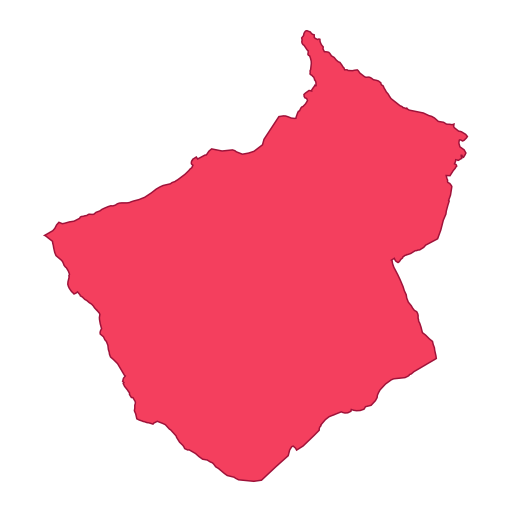 Pojorata, Suceava, Romania
{"feature_id": "2599482B93578143762204", "entity_name": "Pojorata", "entity_type": "district", "adm_level": 2, "iso_a3": "ROU", "parent_name": "Romania", "parent_adm1": "Suceava", "projection": "mercator", "projection_center": [25.425, 47.481], "detail": "fine", "context": "isolated", "style": "filled", "palette": "rose", "viewbox_px": 512, "rotation_deg": 0, "n_neighbors": 0, "source": "geoboundaries", "source_scale": "gbopen_adm2", "svg_char_len": 5945}
<svg xmlns="http://www.w3.org/2000/svg" viewBox="0 0 512 512"><path d="M238.6,479.8L253.8,481.3L261.5,480.2L276.0,466.6L288.2,455.7L289.7,449.9L291.8,446.6L293.2,446.1L295.5,448.1L296.6,450.1L303.1,446.0L314.1,435.4L319.2,430.2L319.3,428.3L319.9,426.9L321.0,425.7L320.8,425.0L325.4,419.6L329.1,416.7L341.3,411.8L342.5,412.4L344.9,413.0L347.8,412.8L350.9,411.3L351.3,409.5L353.8,410.3L356.5,410.7L360.2,410.5L364.0,409.2L365.5,406.7L371.1,405.3L375.4,400.7L377.1,397.6L377.4,395.2L378.6,392.5L380.1,389.8L385.5,384.0L391.3,379.8L393.7,378.8L405.0,377.6L408.1,376.1L409.1,375.4L409.4,374.6L411.3,373.9L414.0,371.6L436.3,358.5L435.9,355.6L434.7,350.3L434.4,347.7L433.2,344.5L432.5,341.4L429.4,338.9L425.6,335.1L422.4,332.6L421.0,327.1L419.7,323.2L418.6,321.1L418.6,320.0L418.1,318.2L418.1,315.3L417.7,313.7L416.7,311.7L414.4,310.4L412.6,308.1L411.3,305.8L408.3,302.1L406.7,298.0L406.2,294.7L404.3,290.7L403.1,286.8L400.1,279.7L397.7,274.6L393.8,267.2L392.6,263.7L392.0,260.4L391.5,260.1L394.3,258.3L395.0,259.9L395.9,261.2L397.9,262.5L398.4,262.4L399.5,261.4L400.8,259.4L402.5,258.0L403.1,256.7L404.2,256.1L404.5,255.6L406.2,255.1L406.7,254.6L407.2,254.7L410.7,253.5L415.2,250.7L416.7,250.6L417.8,250.1L419.7,249.9L423.7,247.4L425.7,245.1L437.6,238.8L440.8,230.0L443.3,220.2L445.9,214.1L446.3,211.0L447.9,205.1L449.2,201.0L448.6,200.5L450.5,195.1L451.7,187.5L451.8,186.5L451.3,185.5L449.8,183.5L447.8,182.4L447.5,181.7L447.6,180.5L447.5,179.9L446.9,178.6L446.2,175.5L450.0,175.7L453.3,170.5L455.2,168.3L455.3,168.0L456.2,166.6L456.7,166.2L456.5,165.4L456.0,164.5L454.5,163.8L455.5,161.5L455.7,159.7L457.3,160.0L458.0,160.4L458.5,160.3L460.6,158.9L461.7,158.5L461.5,156.9L461.3,156.7L461.2,155.3L461.9,155.3L462.2,156.2L463.2,157.4L463.5,157.3L464.9,155.1L465.9,153.0L464.1,149.8L459.9,146.8L458.9,143.2L458.9,142.4L459.3,140.2L459.5,139.9L460.0,139.8L460.7,140.0L462.6,141.0L464.1,140.3L466.4,138.0L467.4,136.5L465.6,134.3L461.5,131.8L459.9,131.3L458.7,131.2L454.3,127.7L453.6,126.4L454.0,124.1L452.1,124.7L449.8,124.3L446.6,124.2L443.6,122.3L438.3,121.4L434.5,118.0L431.7,116.4L428.9,115.6L423.4,113.0L409.2,110.1L407.7,109.2L406.8,108.1L406.2,108.7L404.8,108.0L402.9,107.6L402.7,107.1L402.0,106.6L400.8,106.0L400.4,106.0L390.9,98.5L390.1,97.1L389.8,96.9L388.2,94.1L386.2,91.8L385.5,90.4L384.0,87.9L383.5,86.6L382.9,85.6L381.6,85.0L381.0,83.9L380.8,82.8L378.5,81.0L376.7,80.4L373.4,79.7L371.3,78.1L369.7,77.3L368.5,77.1L365.8,77.3L364.4,76.6L359.8,73.0L358.3,70.8L357.3,69.9L354.2,70.3L352.5,70.7L348.1,70.5L347.1,69.8L344.6,69.8L343.9,67.8L343.0,67.0L341.8,65.0L339.9,62.4L338.3,61.8L336.2,60.0L334.2,57.5L331.2,55.7L331.1,55.3L329.8,53.4L328.7,52.3L327.0,51.9L324.4,51.7L323.0,49.0L323.2,46.9L321.8,45.3L320.7,43.3L320.0,41.3L319.9,39.3L318.9,39.0L317.5,39.5L315.3,38.4L314.3,37.5L314.2,34.8L312.4,34.3L310.7,32.6L310.4,32.0L307.0,30.7L306.1,30.8L305.4,31.2L304.5,32.4L303.8,34.0L303.6,35.5L301.7,37.9L302.1,40.1L301.8,41.4L301.9,42.4L302.1,43.2L303.0,44.6L304.1,45.4L307.2,50.0L308.1,50.7L308.2,52.4L307.9,54.2L308.4,55.2L309.6,55.8L310.4,57.9L311.2,61.1L311.3,63.6L310.9,67.2L310.6,69.7L310.1,70.7L310.2,73.1L310.0,73.7L310.2,74.3L310.6,74.6L312.1,75.5L312.6,76.3L313.7,77.1L314.4,78.9L314.6,80.0L315.2,80.4L315.9,82.2L316.1,85.5L315.9,85.8L314.9,85.2L314.3,86.3L312.9,88.2L311.4,90.5L311.6,91.0L311.3,91.0L310.0,90.6L309.0,90.5L305.5,93.0L304.2,94.2L303.9,94.7L304.1,95.4L304.1,96.3L304.9,97.8L306.5,98.4L307.0,99.2L307.5,100.6L305.5,103.9L303.0,106.5L301.9,106.9L300.9,108.0L299.5,110.9L298.4,111.3L297.6,113.0L296.3,116.6L295.9,118.3L294.6,118.4L291.4,118.1L288.1,116.8L285.6,116.0L283.4,115.9L278.9,116.6L264.0,139.3L262.5,144.8L254.0,151.3L248.5,153.1L242.4,154.2L236.3,151.8L234.9,150.7L232.5,149.9L222.1,151.0L211.6,148.9L208.9,151.2L206.4,154.9L204.9,155.1L197.6,159.0L196.3,157.0L192.7,159.3L192.5,159.6L192.4,160.4L191.9,160.6L191.4,161.9L191.3,163.3L191.6,164.1L192.9,165.2L191.8,167.7L190.1,169.0L188.9,170.5L185.0,174.3L177.4,180.0L176.2,180.6L175.1,181.5L172.0,182.6L170.4,183.8L163.1,185.5L160.0,186.9L156.2,189.1L151.2,193.0L144.7,197.3L138.6,199.7L133.6,201.0L131.1,201.8L129.6,202.5L127.1,202.9L121.5,202.9L119.4,203.1L117.3,203.8L115.4,205.1L112.9,205.9L110.7,205.8L108.2,206.6L104.6,208.1L101.9,209.4L99.9,210.9L96.1,212.3L93.7,214.3L92.0,214.4L89.2,214.2L88.4,214.4L86.8,215.5L84.8,215.8L83.3,216.3L81.4,216.5L80.4,217.0L79.5,218.4L74.0,221.2L69.4,221.9L64.5,223.3L62.3,223.7L58.9,222.3L56.6,224.9L54.8,228.4L52.8,230.7L44.6,235.4L45.3,235.7L52.5,241.3L52.7,243.1L53.3,245.4L53.7,247.9L54.7,252.4L56.0,255.6L61.5,260.3L62.6,261.7L63.5,263.7L64.0,265.2L65.3,266.9L66.4,267.8L68.3,271.0L69.4,273.9L69.5,274.3L68.9,275.6L68.9,276.1L69.2,276.8L68.0,281.7L67.8,284.3L68.4,286.4L69.4,288.5L71.5,291.5L73.6,293.5L74.0,294.0L76.0,293.1L77.5,291.9L80.0,294.8L80.3,295.8L82.4,297.0L84.8,299.4L86.8,300.5L89.2,302.6L91.7,304.2L93.6,306.3L93.9,306.9L94.6,307.9L96.8,310.3L96.9,310.2L98.6,312.3L99.0,312.6L99.9,314.3L99.4,317.5L99.5,319.5L100.3,324.0L101.6,328.7L100.6,330.5L100.1,332.2L100.2,334.0L103.5,336.8L104.9,339.8L106.4,341.5L107.9,345.3L108.4,349.7L109.2,352.1L109.5,354.3L110.5,356.9L111.0,357.4L113.3,359.4L117.6,363.7L124.4,375.2L125.3,376.0L123.5,378.2L123.1,379.4L123.0,380.4L122.6,381.3L123.9,382.6L123.2,383.5L124.6,386.4L127.8,390.4L128.0,390.9L129.5,392.9L129.5,394.5L131.4,397.5L132.9,397.6L133.1,397.9L134.5,400.3L135.1,401.3L135.4,402.3L135.3,403.1L135.3,403.8L134.8,405.1L134.8,408.1L134.4,410.6L134.6,411.3L135.7,413.8L136.8,418.8L139.2,420.0L142.4,421.1L143.2,421.5L144.5,421.7L146.9,422.6L148.8,422.8L153.0,424.1L153.8,423.1L157.3,421.3L162.9,423.5L165.4,424.7L169.5,429.2L170.5,429.7L176.1,435.9L176.6,437.4L179.6,442.2L182.9,445.4L183.9,446.9L184.7,448.6L187.8,450.0L189.1,449.8L195.5,453.5L199.0,456.6L202.6,459.2L207.2,460.0L210.2,461.9L212.4,462.8L213.7,464.1L215.7,466.8L218.5,468.5L224.3,473.4L227.2,475.5L234.1,477.2L235.5,478.2L238.6,479.8Z" fill="#f43f5e" stroke="#9f1239" stroke-width="1.5"/></svg>